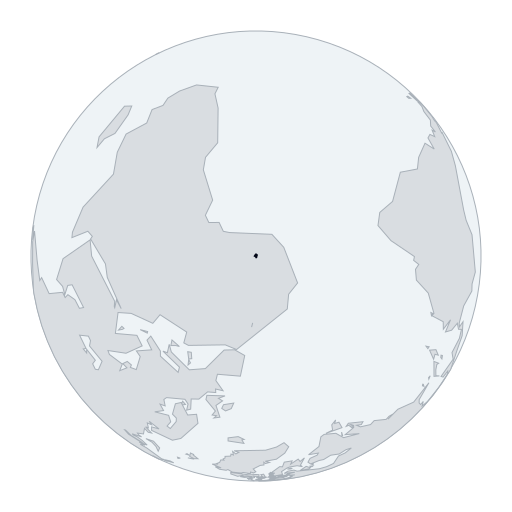 globe centered on Léraba, rotated 193°
{"feature_id": "BFA-2835", "entity_name": "Léraba", "entity_type": "Province", "adm_level": 1, "iso_a3": "BFA", "parent_name": "Burkina Faso", "parent_adm1": "", "projection": "orthographic", "projection_center": [-5.276, 10.67], "detail": "fine", "context": "on_globe", "style": "filled", "palette": "ink", "viewbox_px": 512, "rotation_deg": 193, "n_neighbors": 0, "source": "natural_earth", "source_scale": "10m", "svg_char_len": 9078}
<svg xmlns="http://www.w3.org/2000/svg" viewBox="0 0 512 512"><g transform="rotate(193 256 256)"><circle cx="256" cy="256" r="225" fill="#eef3f6" stroke="#a8b0b8"/><path d="M191.9,40.0L171.8,47.9L176.1,46.4L170.8,49.5L173.8,49.3L169.0,51.5L175.5,49.5L179.3,47.6L183.4,46.2L185.5,46.1L179.8,48.6L177.9,49.1L177.4,49.8L173.6,51.3L176.7,50.5L169.5,54.1L179.6,50.6L176.5,53.5L170.9,55.9L167.6,55.6L146.5,62.9L139.8,66.6L133.8,71.3L130.6,79.7L124.8,84.2L119.9,90.4L124.8,87.5L130.4,81.8L138.4,78.7L144.3,72.9L148.4,71.0L156.0,65.7L159.0,66.8L157.8,71.0L151.6,75.7L150.9,78.0L160.1,74.2L151.8,84.5L152.1,94.4L149.5,97.5L138.3,101.2L129.8,98.7L115.4,106.2L128.9,102.0L122.2,110.9L122.8,112.9L125.6,113.2L129.8,110.3L128.4,113.8L114.5,118.6L115.5,115.4L119.9,113.7L115.9,113.0L106.5,117.5L103.8,122.2L92.4,126.1L90.3,129.8L86.7,133.1L90.7,126.7L83.3,138.6L69.5,149.1L59.0,171.4L64.7,152.8L64.0,149.5L62.2,148.3L60.3,151.9L60.4,147.2L56.1,152.8L48.0,169.7L42.8,184.1L43.3,187.0L46.5,180.1L48.6,180.3L40.7,199.8L43.3,206.0L39.3,221.5L39.3,230.7L42.2,230.2L44.7,235.8L48.7,227.7L54.3,224.6L52.1,237.6L57.0,226.8L58.8,234.1L71.2,237.4L69.7,240.1L79.8,258.6L94.3,268.6L97.6,278.9L95.5,284.4L101.4,287.2L101.5,291.1L127.9,301.3L144.0,313.1L145.2,326.3L135.2,339.9L134.2,370.1L118.3,377.1L119.7,388.7L116.7,403.9L106.4,400.3L115.0,409.7L113.9,413.6L108.7,412.5L112.7,418.2L109.1,417.2L115.0,421.9L116.7,427.7L124.9,434.5L128.0,439.0L133.5,442.9L132.0,442.3L132.3,443.0L134.8,444.8L126.7,439.9L115.9,431.5L112.5,428.0L110.3,426.6L102.3,417.1L102.7,418.5L89.2,402.0L82.1,388.9L64.0,347.5L59.3,338.1L50.3,325.3L38.7,289.7L39.2,277.4L37.8,270.4L42.4,254.1L42.9,236.1L41.8,232.8L39.5,238.5L37.2,224.7L38.8,210.6L40.8,189.3L46.0,174.4L52.2,159.9L59.5,145.9L67.7,132.4L76.8,119.5L86.8,107.3L97.6,95.8L109.3,85.1L121.6,75.2L134.6,66.2L148.2,58.2L162.3,51.1L176.9,45.1L191.9,40.0ZM55.5,178.8L58.9,193.3L53.9,192.6L55.4,191.0L55.2,185.6L53.8,179.8L50.3,180.4L55.5,178.8ZM63.8,168.1L63.0,166.7L64.2,167.2L63.8,168.1ZM153.9,65.5L154.9,65.6L152.9,66.5L153.9,65.5ZM156.2,63.3L153.2,64.4L153.8,63.5L155.7,62.9L156.2,63.3ZM159.8,62.3L155.4,61.9L156.6,60.4L164.7,57.0L159.8,62.3ZM179.6,47.0L175.7,49.1L177.0,47.6L179.6,47.0ZM179.4,46.5L177.6,45.2L184.5,42.6L183.7,43.4L191.0,40.6L195.2,39.9L192.1,41.2L186.9,42.9L192.5,41.5L179.4,46.5ZM185.1,45.5L184.2,45.3L190.0,42.9L193.0,43.0L190.2,43.7L185.1,45.5ZM190.8,40.4L195.7,39.0L200.5,37.9L203.0,37.3L195.9,39.7L190.8,40.4ZM189.9,44.2L194.4,43.2L193.6,44.3L186.5,45.6L189.9,44.2ZM190.3,42.4L193.2,41.4L192.5,41.9L190.3,42.4ZM193.1,48.5L191.8,47.8L194.7,46.4L193.1,48.5ZM196.2,42.8L196.4,42.4L197.4,41.9L200.2,41.6L196.2,42.8ZM199.7,38.9L200.7,39.0L202.9,37.9L206.5,37.4L201.1,39.2L205.0,38.2L206.1,38.1L200.4,39.8L199.7,38.9ZM206.0,39.9L200.3,42.7L202.1,44.0L199.5,45.1L197.2,42.9L206.0,39.9ZM203.2,39.6L204.3,40.0L200.6,41.0L197.5,41.4L203.2,39.6ZM211.0,36.6L206.8,36.8L208.1,36.4L211.0,36.6ZM207.2,40.0L208.5,39.4L207.8,40.0L207.2,40.0ZM210.7,37.3L209.0,37.3L210.5,36.9L210.7,37.3ZM212.6,38.3L210.8,39.1L208.6,39.3L212.6,38.3ZM212.3,37.7L214.8,37.1L208.9,38.9L211.3,37.7L212.3,37.7ZM212.4,36.9L212.8,36.6L212.9,36.9L212.4,36.9ZM221.8,37.5L214.9,39.7L210.1,39.9L217.5,37.7L221.8,37.5ZM142.8,449.4L128.6,441.3L135.4,445.3L133.8,443.3L143.5,448.8L142.8,449.4ZM140.7,444.5L142.6,444.0L144.9,445.2L144.1,445.9L140.7,444.5ZM464.1,169.7L465.4,173.4L472.0,198.4L476.8,219.7L477.4,230.5L468.4,202.8L461.2,183.5L460.0,186.7L449.1,172.8L436.3,177.1L432.6,172.6L430.6,176.0L422.6,172.7L416.3,165.3L412.4,167.0L428.7,186.6L432.8,185.0L433.6,175.3L437.6,182.9L445.0,188.2L443.4,210.0L421.3,234.4L416.1,218.9L383.5,180.1L382.8,175.2L382.6,174.7L382.0,173.8L382.1,181.9L375.5,174.4L396.1,201.7L400.9,214.4L421.0,235.4L419.9,238.3L425.4,242.3L439.5,232.5L440.2,237.9L435.5,264.7L413.3,303.7L414.5,325.9L410.0,345.6L392.4,361.0L390.2,375.3L380.5,381.8L377.4,390.0L367.5,399.6L352.4,409.3L330.8,411.9L332.5,404.8L326.2,391.6L318.8,357.7L327.4,340.8L326.7,328.1L310.8,300.7L314.5,284.3L309.5,278.0L299.5,280.4L293.4,272.7L287.0,272.9L245.4,280.7L230.9,270.7L209.4,239.1L215.6,226.1L213.6,211.4L253.9,160.5L266.0,162.5L301.7,153.7L306.8,155.1L306.4,166.3L336.3,177.2L341.4,167.2L364.7,172.0L377.7,169.9L375.6,148.9L354.2,151.9L346.7,142.8L360.8,132.0L379.0,130.6L376.7,127.1L362.0,120.6L363.0,113.6L356.6,118.0L361.6,121.2L357.7,124.3L352.9,121.8L353.4,119.2L347.1,118.4L346.2,132.0L351.2,136.6L336.5,141.1L343.3,149.5L340.5,154.3L327.8,141.9L326.6,136.9L305.7,125.1L305.6,130.5L325.3,142.4L320.6,141.8L320.7,150.4L316.9,143.4L295.4,130.1L280.0,134.9L265.9,157.2L255.7,159.8L244.6,156.5L244.2,135.4L267.0,132.1L267.1,125.6L257.8,117.3L265.5,117.3L264.5,113.9L272.6,112.7L279.5,103.7L287.0,102.1L285.2,92.1L288.9,90.2L288.9,96.5L293.0,100.4L311.3,97.9L313.5,95.5L310.8,89.5L316.2,90.1L311.3,84.6L319.6,81.4L305.3,81.1L301.8,75.2L304.4,70.3L300.7,68.6L296.5,76.8L297.2,80.2L301.8,83.1L301.3,93.9L296.0,96.4L286.8,85.7L278.3,88.4L274.9,79.9L288.2,61.3L296.0,57.7L318.5,62.6L319.3,66.0L311.6,65.7L322.8,70.9L319.9,68.1L324.4,68.9L322.2,64.3L325.2,64.7L317.9,60.0L321.4,60.0L325.9,63.0L325.6,57.3L331.7,56.8L330.2,55.4L326.8,54.0L336.7,54.9L335.1,53.9L331.3,53.2L325.6,50.8L319.5,47.3L323.3,47.8L326.0,49.1L337.4,53.1L344.0,57.1L344.9,57.1L340.1,53.7L326.2,48.8L321.5,46.6L328.0,48.4L325.3,47.6L324.1,46.7L326.4,46.5L319.3,44.4L301.2,36.7L304.0,36.3L311.8,38.3L304.3,36.0L320.4,40.1L336.2,45.5L351.5,52.0L366.3,59.6L380.5,68.3L394.1,78.0L406.8,88.7L418.8,100.3L429.9,112.7L440.0,126.0L449.1,139.9L457.1,154.5L464.1,169.7ZM244.3,185.7L244.2,190.1L244.3,185.7ZM401.3,140.2L410.1,139.2L400.8,127.7L403.4,126.6L399.2,123.4L400.0,127.0L389.1,118.3L390.9,114.2L387.1,109.5L384.0,109.7L382.3,118.8L398.0,130.9L398.2,136.3L401.3,140.2ZM71.6,237.3L72.9,240.3L70.7,239.8L71.6,237.3ZM51.7,197.5L53.1,198.6L53.4,201.0L52.0,201.0L51.7,197.5ZM67.7,204.4L70.1,206.4L66.9,206.5L67.7,204.4ZM59.7,195.3L65.7,203.3L59.6,205.2L56.1,200.4L59.5,200.5L59.7,195.3ZM59.9,174.9L60.5,176.3L59.3,178.5L59.9,174.9ZM64.7,168.6L64.2,168.6L64.6,166.5L64.7,168.6ZM123.0,110.6L124.1,110.3L126.2,111.3L123.8,112.4L123.0,110.6ZM144.2,108.5L141.5,114.2L141.7,110.5L137.8,112.7L133.6,108.1L148.0,98.9L142.2,103.6L144.2,108.5ZM131.9,100.4L133.0,103.7L131.2,100.5L131.9,100.4ZM250.8,98.2L255.1,99.8L254.2,103.8L244.6,107.7L245.8,101.7L250.8,98.2ZM261.4,101.4L254.9,90.8L260.6,88.7L258.5,91.5L263.0,91.2L260.7,95.8L272.5,104.9L272.5,109.2L254.7,112.7L260.6,108.9L256.0,107.3L261.4,101.4ZM228.4,73.6L225.6,70.7L241.6,69.5L242.3,72.5L232.7,76.0L226.3,74.6L228.4,73.6ZM174.8,57.0L172.8,57.2L174.3,56.3L177.4,55.4L174.8,57.0ZM192.3,48.3L185.5,56.1L182.8,56.5L182.1,61.5L174.7,64.5L175.4,61.0L169.2,67.6L166.8,65.7L163.4,70.2L165.7,62.1L163.4,61.2L168.8,60.9L175.7,58.0L178.0,56.5L182.6,51.7L181.0,49.0L187.5,46.3L192.6,45.1L194.0,45.3L189.3,46.9L194.6,46.1L188.8,48.6L192.3,48.3ZM248.3,41.5L242.3,41.7L251.9,43.4L246.2,44.7L247.7,44.9L245.0,46.7L244.4,49.4L241.3,49.9L242.4,50.8L240.7,52.3L241.1,53.8L235.7,55.3L235.8,57.4L233.2,57.0L234.8,60.3L231.1,58.6L228.6,60.8L233.5,61.3L203.0,68.9L193.0,74.5L186.7,80.4L181.2,77.5L183.6,70.4L190.4,62.6L200.8,58.1L196.4,57.9L200.1,55.9L202.0,56.8L201.2,54.2L204.8,52.9L210.8,47.9L207.6,45.7L209.7,44.1L212.7,44.3L212.7,42.7L219.9,42.2L221.6,41.2L230.4,40.1L235.3,41.6L236.9,40.5L243.6,40.0L248.3,41.5ZM224.3,37.2L231.5,38.0L231.9,39.4L216.4,40.9L213.9,41.9L203.9,43.6L203.6,41.7L206.4,41.3L209.1,40.6L208.2,41.4L211.0,40.2L215.0,39.8L218.3,38.8L219.7,39.3L224.3,37.2ZM310.3,150.6L313.8,150.7L318.8,149.6L319.0,155.3L310.3,150.6ZM295.5,141.5L298.4,140.5L301.0,147.4L297.4,147.6L295.5,141.5ZM297.7,134.5L298.3,140.0L295.8,137.1L297.7,134.5ZM291.3,95.5L294.1,94.4L295.2,95.7L294.8,98.0L291.3,95.5ZM275.6,49.3L272.1,48.6L272.3,48.0L267.0,45.4L270.7,44.6L275.5,45.8L275.6,49.3ZM373.3,152.9L370.9,157.3L368.3,155.8L369.6,154.5L373.3,152.9ZM344.6,156.4L352.3,158.2L344.6,158.0L344.6,156.4ZM278.8,47.9L276.2,46.9L279.7,47.2L278.8,47.9ZM273.2,44.0L277.0,44.0L270.6,44.2L273.2,44.0ZM399.3,429.6L397.1,431.6L395.9,432.4L399.3,429.6ZM435.7,336.8L417.8,372.4L410.8,374.2L412.4,364.7L421.0,343.7L430.1,336.1L435.3,325.9L435.7,336.8ZM477.3,221.5L479.5,233.2L479.4,236.1L477.3,221.5ZM307.4,43.8L310.6,47.9L315.5,51.2L322.2,53.3L314.2,52.5L306.7,47.3L307.4,43.8ZM301.6,37.3L295.8,36.1L297.3,36.0L298.8,36.3L301.6,37.3ZM298.8,37.0L293.6,37.0L289.6,36.0L294.5,36.2L298.8,37.0ZM286.5,41.2L287.2,42.3L284.3,42.0L286.5,41.2Z" fill="#d9dde1" stroke="#a8b0b8" stroke-width="1"/><path d="M255.7,257.5L255.5,257.4L255.4,257.4L255.2,257.3L255.2,257.2L255.1,256.9L255.1,256.7L255.3,256.3L255.2,256.3L255.2,256.2L255.3,256.1L255.2,256.1L255.2,255.9L255.2,255.7L255.3,255.7L255.4,255.3L255.3,255.2L255.3,254.9L255.2,254.8L255.2,254.7L255.5,254.5L256.0,255.0L256.3,255.4L256.5,255.4L256.8,255.4L257.0,255.5L257.3,255.6L257.2,255.7L257.3,255.9L257.3,256.0L257.2,256.1L257.2,256.3L256.9,256.3L256.7,256.4L256.5,256.5L256.7,256.8L256.7,257.0L256.8,257.1L256.7,257.3L256.6,257.5L256.5,257.4L256.4,257.5L256.2,257.4L255.9,257.4L255.7,257.4L255.7,257.5L255.7,257.5Z" fill="#0f172a" stroke="#020617" stroke-width="1.5"/></g></svg>